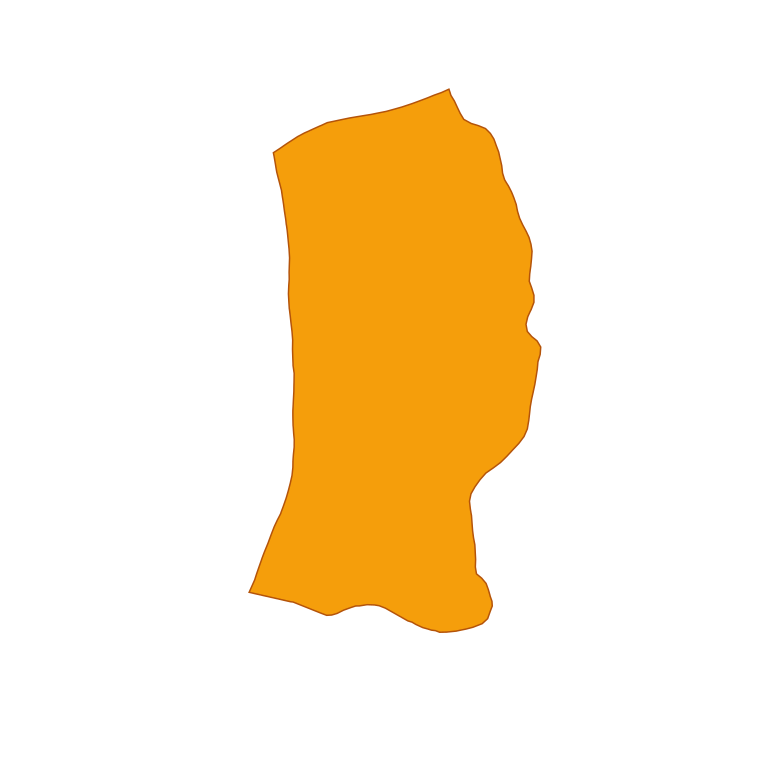 Yab'uth, Hadramawt, Yemen, rotated 236°
{"feature_id": "15242507B24297046109512", "entity_name": "Yab'uth", "entity_type": "district", "adm_level": 2, "iso_a3": "YEM", "parent_name": "Yemen", "parent_adm1": "Hadramawt", "projection": "equal_earth", "projection_center": [47.741, 14.778], "detail": "fine", "context": "isolated", "style": "filled", "palette": "amber", "viewbox_px": 768, "rotation_deg": 236, "n_neighbors": 0, "source": "geoboundaries", "source_scale": "gbopen_adm2", "svg_char_len": 3471}
<svg xmlns="http://www.w3.org/2000/svg" viewBox="0 0 768 768"><g transform="rotate(236 384 384)"><path d="M286.7,155.7L255.8,184.7L254.1,186.7L229.4,203.5L224.3,207.1L221.7,211.5L220.0,216.9L219.1,224.0L217.1,231.9L215.8,236.4L213.8,239.5L210.5,246.6L206.2,252.5L202.9,256.0L197.4,259.8L174.3,271.3L171.8,273.3L171.0,274.0L166.8,276.0L160.4,279.9L156.3,283.4L153.4,285.7L150.8,288.7L147.1,291.3L143.3,297.2L140.3,302.8L138.7,305.8L137.2,309.6L135.0,314.9L132.6,321.7L130.4,331.4L131.5,338.7L136.1,344.9L139.4,349.6L143.5,352.0L148.5,353.3L150.2,353.9L155.1,355.5L159.1,356.5L161.6,357.1L165.5,356.7L168.4,356.4L174.5,354.6L174.9,354.5L179.5,356.6L181.2,357.4L181.5,357.6L187.4,361.9L193.9,365.8L195.2,366.6L199.9,369.4L205.7,371.9L206.2,372.1L212.8,375.4L219.3,379.1L224.0,381.8L226.1,383.0L228.2,383.9L232.3,385.8L239.0,389.3L240.0,390.3L244.3,394.7L247.9,401.9L251.0,410.2L253.2,418.7L253.3,424.1L253.3,427.4L253.8,436.9L254.2,439.1L255.4,445.5L255.9,447.6L257.4,453.9L258.7,459.7L259.4,462.7L261.4,468.5L262.1,470.6L266.6,477.7L272.2,483.0L272.8,483.6L277.7,487.8L281.5,491.0L283.4,492.6L288.8,497.8L293.9,503.2L294.1,503.4L294.5,503.8L299.4,508.9L302.9,512.2L304.9,514.1L310.6,519.4L316.3,524.0L320.7,529.4L321.3,530.1L327.0,534.6L334.1,535.0L340.7,533.0L346.5,532.3L347.5,532.2L347.7,532.3L354.1,535.1L359.3,540.7L362.3,545.6L363.4,547.6L367.9,554.0L373.7,557.9L379.9,559.8L381.2,560.2L388.0,561.9L389.5,563.1L393.7,566.3L397.2,569.4L399.4,571.4L405.3,576.3L411.3,581.0L417.7,584.0L424.4,586.2L430.9,587.2L438.6,588.0L445.5,589.1L452.3,591.2L455.0,592.3L458.9,594.0L462.0,594.8L465.4,595.7L469.0,596.5L472.0,597.1L478.6,597.9L482.3,598.0L485.8,598.2L487.9,598.8L492.5,600.2L499.2,603.7L504.8,605.9L505.8,606.3L506.9,606.7L512.2,608.8L519.0,610.4L522.8,611.4L525.8,612.1L532.3,612.3L539.0,611.0L545.0,607.0L545.4,606.7L546.3,606.0L551.2,602.0L558.8,598.1L559.9,598.2L565.7,598.5L569.1,599.0L572.5,599.5L579.3,600.6L584.1,600.8L586.0,600.9L588.2,601.6L592.1,602.7L593.5,594.5L595.4,587.2L596.7,580.9L597.2,578.7L597.5,577.4L599.0,571.1L600.7,564.2L603.1,555.6L603.7,553.5L605.7,547.4L607.7,541.4L608.8,538.2L612.2,530.1L614.8,523.8L618.0,516.9L619.0,514.7L620.8,510.8L623.8,504.2L626.8,496.9L629.8,489.5L632.4,483.1L633.5,476.2L633.7,475.5L635.1,467.3L636.1,461.2L636.6,458.4L637.4,450.7L637.5,443.3L637.6,439.3L637.6,436.2L637.5,429.0L637.6,421.6L634.2,420.2L633.1,419.7L626.7,416.8L623.5,415.3L619.7,413.6L614.4,411.7L608.4,409.6L603.9,408.0L602.1,407.4L595.5,404.2L593.7,403.4L589.3,401.3L582.9,398.1L576.1,394.9L574.5,394.1L571.1,392.3L569.7,391.7L565.6,389.7L560.0,386.7L554.3,383.6L548.9,380.7L541.3,376.2L535.1,371.7L533.0,370.2L529.7,367.8L527.2,366.2L523.7,363.9L519.0,360.2L512.2,355.2L510.7,354.3L505.2,351.0L500.6,348.3L499.4,347.6L498.1,347.0L493.0,344.4L486.0,340.7L480.7,338.0L478.8,337.0L471.4,332.8L464.0,327.6L456.5,322.9L451.8,320.0L450.1,318.9L443.1,315.5L435.9,310.5L433.4,308.7L428.5,305.3L420.8,299.5L417.7,297.2L412.8,293.5L409.7,291.4L406.2,289.1L400.4,285.4L399.1,284.7L393.4,281.4L388.1,278.5L382.6,274.7L382.1,274.4L376.1,269.4L373.7,267.5L370.7,265.2L369.8,264.6L365.8,261.8L361.5,258.2L359.6,256.6L355.2,251.9L354.4,251.1L349.2,245.2L345.1,240.3L343.8,238.7L338.8,232.0L335.6,227.5L334.3,225.8L332.9,223.3L330.9,219.6L328.1,214.9L327.0,213.1L322.2,206.2L316.8,198.7L311.6,190.9L308.0,185.8L306.4,183.7L301.8,177.5L299.1,173.9L297.9,172.3L295.3,169.0L294.0,167.4L286.7,155.7Z" fill="#f59e0b" stroke="#b45309" stroke-width="1.5"/></g></svg>